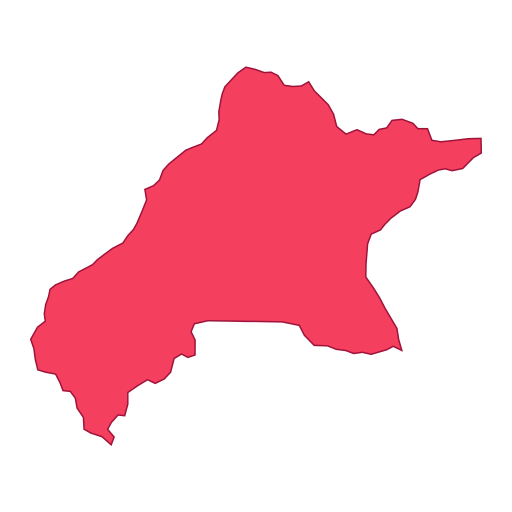 Valinhos, São Paulo, Brazil
{"feature_id": "56859067B52008332271728", "entity_name": "Valinhos", "entity_type": "district", "adm_level": 2, "iso_a3": "BRA", "parent_name": "Brazil", "parent_adm1": "São Paulo", "projection": "albers", "projection_center": [-46.981, -22.98], "detail": "fine", "context": "isolated", "style": "filled", "palette": "rose", "viewbox_px": 512, "rotation_deg": 0, "n_neighbors": 0, "source": "geoboundaries", "source_scale": "gbopen_adm2", "svg_char_len": 1853}
<svg xmlns="http://www.w3.org/2000/svg" viewBox="0 0 512 512"><path d="M84.1,429.3L91.2,433.2L102.0,436.7L111.2,444.8L114.1,437.0L107.6,429.3L111.4,422.4L118.0,415.0L124.7,415.7L127.8,404.1L127.8,392.5L137.8,385.6L147.5,379.7L155.2,383.4L164.2,379.0L170.6,372.2L174.1,358.5L181.6,354.0L187.9,357.4L195.0,355.0L195.1,340.0L191.1,331.8L194.3,323.8L207.9,320.7L232.9,321.1L246.3,321.4L254.9,321.4L282.3,321.9L299.3,325.4L304.4,335.3L314.2,345.4L327.4,345.8L336.3,349.3L345.7,350.5L353.7,353.5L362.3,352.3L371.2,354.3L379.0,352.0L386.6,349.8L393.2,346.3L401.8,350.4L398.7,339.7L396.9,328.4L385.1,308.4L379.7,298.0L373.4,287.9L365.8,277.0L366.0,264.2L367.6,243.9L371.2,234.1L380.5,229.9L384.7,224.5L390.8,218.3L400.5,210.9L410.1,206.7L415.5,199.3L417.9,191.9L420.1,179.6L429.7,174.2L438.5,170.0L445.3,168.8L452.1,170.7L462.7,168.5L473.4,157.6L481.3,153.0L481.0,138.4L468.4,138.7L455.3,140.3L440.8,141.8L431.9,140.3L427.5,128.7L417.9,128.7L412.9,123.3L402.0,119.3L392.0,120.4L386.7,127.9L379.2,129.4L373.8,134.8L366.3,133.9L357.0,129.7L346.0,134.1L336.7,126.5L333.6,114.3L328.2,104.7L320.7,97.2L314.4,91.0L308.7,81.8L301.2,86.0L292.9,86.5L284.2,85.3L277.9,75.6L271.0,72.2L264.2,72.6L255.3,69.4L245.9,67.2L237.8,72.9L230.3,81.0L224.9,86.8L222.4,93.4L220.8,100.3L218.8,111.9L219.2,119.6L216.5,130.4L207.5,137.5L201.5,144.0L193.6,147.0L185.8,150.2L175.8,158.3L168.8,164.0L163.1,170.4L159.5,180.0L153.5,185.7L144.9,189.4L146.6,200.0L141.7,212.1L137.0,223.2L133.4,229.6L128.1,235.3L122.9,243.0L112.5,248.4L104.7,254.1L97.5,259.6L92.5,264.7L86.6,267.8L78.7,271.9L72.7,278.5L64.5,281.0L55.5,284.9L50.0,289.4L48.6,296.5L45.7,304.5L44.3,313.8L45.3,321.2L37.5,327.2L30.7,339.3L33.9,348.6L35.3,359.3L37.8,369.8L45.3,372.1L55.6,374.1L60.0,382.6L63.0,390.6L70.3,391.4L75.3,398.1L77.1,408.1L83.4,417.4L84.1,429.3Z" fill="#f43f5e" stroke="#9f1239" stroke-width="1.5"/></svg>